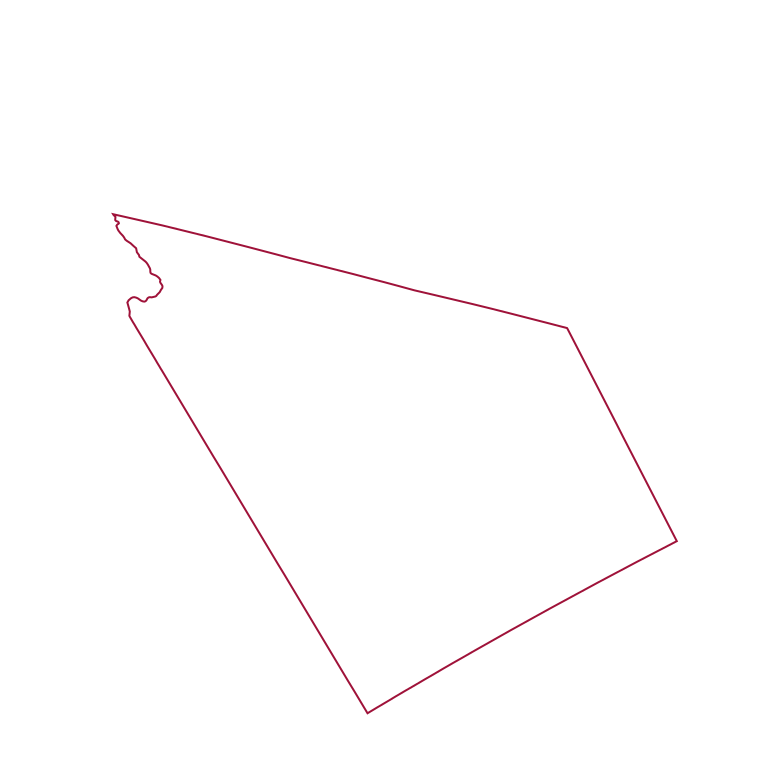 the border of Nevada, rotated 150°
{"feature_id": "USA-3523", "entity_name": "Nevada", "entity_type": "State", "adm_level": 1, "iso_a3": "USA", "parent_name": "United States of America", "parent_adm1": "", "projection": "albers", "projection_center": [-115.554, 38.502], "detail": "fine", "context": "isolated", "style": "outline", "palette": "rose", "viewbox_px": 768, "rotation_deg": 150, "n_neighbors": 0, "source": "natural_earth", "source_scale": "10m", "svg_char_len": 2806}
<svg xmlns="http://www.w3.org/2000/svg" viewBox="0 0 768 768"><g transform="rotate(150 384 384)"><path d="M562.9,107.1L563.1,119.6L563.3,132.0L563.6,144.5L563.8,156.9L564.0,169.4L564.2,181.9L564.4,194.3L564.6,206.8L564.8,219.3L565.0,231.8L565.2,244.2L565.4,256.7L565.6,269.2L565.9,281.7L566.1,294.2L566.3,306.6L566.5,319.1L566.7,331.6L566.9,344.1L567.1,356.6L567.3,369.0L567.5,381.5L567.7,394.0L568.0,406.5L568.2,419.0L568.4,431.4L568.6,443.9L568.8,456.4L569.0,468.9L569.2,481.4L569.4,493.8L569.6,506.3L569.6,507.0L569.7,508.9L569.7,511.8L569.8,515.6L569.8,520.0L569.9,525.1L570.0,530.4L570.1,535.9L570.1,541.4L570.2,546.8L570.3,551.8L570.4,556.3L570.4,560.1L570.5,563.0L570.5,564.8L570.5,565.5L570.5,568.9L570.5,569.7L570.4,570.4L569.1,572.2L567.9,573.9L567.2,576.4L566.4,579.4L565.5,582.9L563.3,584.2L560.1,584.8L558.4,584.7L556.9,584.1L555.7,583.0L554.9,582.0L554.3,581.1L552.8,577.8L552.3,577.1L551.7,576.3L550.9,575.6L550.4,575.2L549.8,575.0L549.3,575.0L548.9,575.0L548.5,575.1L548.1,575.2L547.7,575.4L546.1,576.4L545.7,576.5L545.3,576.6L544.8,576.6L544.3,576.6L543.4,576.3L542.8,575.9L542.2,575.4L541.9,575.2L541.6,575.1L538.2,574.1L537.6,574.1L537.0,574.2L536.0,574.7L532.3,575.7L530.2,577.0L528.0,578.0L527.8,578.3L527.5,578.6L527.1,579.2L526.9,579.6L526.8,580.3L526.8,581.2L527.0,583.0L527.0,583.9L526.7,584.8L525.6,585.9L525.8,588.2L526.5,590.3L527.4,592.1L530.0,595.4L530.4,596.1L530.6,597.0L530.3,597.9L529.2,600.0L528.9,601.2L528.8,605.6L529.0,607.8L529.4,609.4L531.7,615.2L532.2,616.5L531.7,618.2L532.1,621.7L530.8,625.5L531.9,628.7L533.1,632.6L535.2,636.7L535.9,638.6L535.8,640.7L536.0,642.8L536.9,646.6L537.3,649.8L537.2,651.5L536.7,654.7L536.4,654.9L535.6,655.3L534.7,655.5L533.8,655.5L533.2,655.8L533.0,656.9L533.3,657.7L534.5,659.1L534.8,660.2L534.5,660.9L533.0,663.0L533.7,665.6L533.7,666.5L521.5,655.2L509.3,643.9L496.6,632.1L484.8,620.8L474.4,610.8L463.9,600.7L453.6,590.6L443.2,580.4L432.9,570.3L422.7,560.2L412.4,550.0L402.2,539.8L390.6,528.6L379.1,517.4L367.6,506.2L356.1,495.0L344.7,483.7L333.3,472.5L322.0,461.2L310.7,449.8L296.3,436.3L282.0,422.8L267.7,409.3L253.5,395.7L239.4,382.0L225.4,368.3L211.4,354.6L197.5,340.9L197.5,339.8L197.7,335.4L198.4,320.7L199.1,306.1L199.8,291.5L200.5,276.9L201.2,262.2L201.9,247.6L202.6,233.0L203.4,218.4L204.1,203.8L204.8,189.1L205.5,174.5L206.2,159.9L206.9,145.3L207.6,130.7L208.3,116.1L209.0,101.5L220.1,102.0L231.2,102.5L242.2,103.0L253.3,103.5L264.4,103.9L275.4,104.3L286.5,104.7L297.6,105.1L308.7,105.4L319.7,105.7L330.8,106.0L341.9,106.3L353.0,106.6L364.0,106.8L375.1,107.0L386.2,107.2L397.3,107.4L408.3,107.5L419.3,107.6L430.4,107.7L441.4,107.8L452.5,107.8L463.5,107.9L474.6,107.9L485.6,107.8L496.7,107.8L507.7,107.7L518.7,107.7L529.8,107.6L540.8,107.4L551.9,107.3L562.9,107.1Z" fill="none" stroke="#9f1239" stroke-width="2"/></g></svg>